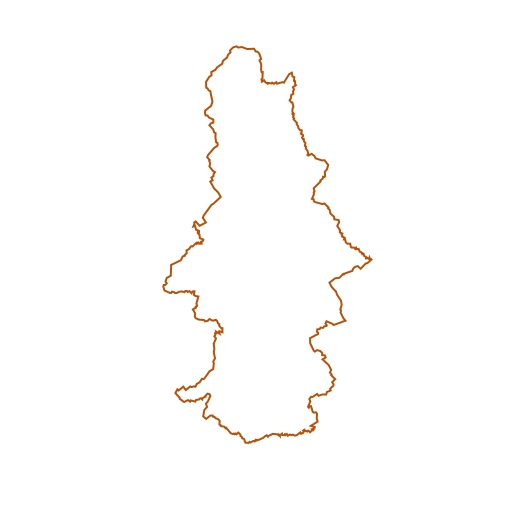 Khao Chakan, Sa Kaeo, Thailand (orthographic projection), rotated 135°
{"feature_id": "78962969B13741578736552", "entity_name": "Khao Chakan", "entity_type": "district", "adm_level": 2, "iso_a3": "THA", "parent_name": "Thailand", "parent_adm1": "Sa Kaeo", "projection": "orthographic", "projection_center": [102.011, 13.617], "detail": "fine", "context": "isolated", "style": "outline", "palette": "amber", "viewbox_px": 512, "rotation_deg": 135, "n_neighbors": 0, "source": "geoboundaries", "source_scale": "gbopen_adm2", "svg_char_len": 6145}
<svg xmlns="http://www.w3.org/2000/svg" viewBox="0 0 512 512"><g transform="rotate(135 256 256)"><path d="M146.6,291.5L145.2,293.9L144.8,296.8L143.3,297.9L143.6,299.3L141.1,301.0L141.1,302.9L139.5,305.0L140.2,305.5L139.7,307.2L137.9,307.5L137.2,308.6L137.9,310.1L137.5,311.1L136.6,311.0L134.8,312.5L135.9,314.0L135.5,316.7L134.3,318.1L134.1,320.4L132.9,321.3L132.8,326.0L131.7,326.3L131.6,328.1L130.1,328.6L129.9,330.5L128.6,329.9L128.4,332.1L126.4,334.1L123.9,335.2L121.7,338.9L122.4,339.7L122.1,342.4L119.8,342.8L117.3,344.9L114.9,344.3L113.4,346.3L111.4,346.8L110.6,349.3L107.0,348.5L106.8,349.9L104.8,352.0L105.4,352.9L102.5,355.3L103.2,357.1L101.1,360.3L103.9,361.1L113.8,358.9L114.2,360.1L119.3,363.0L118.8,364.6L121.5,365.1L122.0,367.1L122.9,366.9L125.2,370.0L125.9,369.6L126.5,372.2L126.0,374.6L128.5,375.0L127.1,377.1L126.0,376.9L121.2,381.3L122.0,382.0L121.0,383.7L116.6,388.1L115.1,391.9L113.0,391.7L110.5,397.1L110.5,399.5L111.6,400.9L110.8,403.9L115.9,408.6L118.2,413.7L121.2,416.0L121.5,418.0L124.7,419.7L129.1,419.7L129.9,418.1L133.8,418.0L136.2,416.8L141.5,417.4L143.8,415.8L149.9,416.9L153.2,416.4L157.5,417.7L159.7,415.2L162.5,415.7L168.1,414.5L172.2,410.2L171.7,408.7L172.4,406.7L171.7,404.9L177.8,395.8L181.6,393.9L189.1,394.8L191.1,393.1L192.2,391.0L191.0,389.7L191.3,386.8L189.7,382.8L191.7,380.5L194.3,381.7L196.5,381.4L196.7,375.7L198.2,373.1L197.7,371.4L200.8,368.6L203.8,364.5L203.3,363.2L204.4,361.8L205.3,361.2L209.3,362.0L218.5,361.3L220.7,360.4L220.9,356.6L221.8,356.4L222.9,353.9L225.6,352.3L226.3,346.5L225.7,344.3L228.0,344.0L229.5,342.6L232.1,343.0L233.1,340.2L235.7,341.0L237.9,333.1L237.8,327.7L239.2,322.7L249.5,323.1L251.1,323.7L264.3,321.6L266.6,320.6L267.7,315.1L274.5,317.2L274.2,323.1L275.9,323.4L276.9,322.2L279.4,321.2L277.8,320.4L279.8,316.9L278.5,314.1L279.7,313.0L280.2,314.0L281.0,313.5L281.0,310.9L283.1,308.3L281.6,304.9L282.6,304.2L284.9,304.9L285.6,303.2L286.7,304.1L286.2,304.6L287.8,305.5L287.5,306.3L288.5,306.4L287.9,306.9L288.6,307.5L294.1,307.6L295.0,308.8L298.6,308.3L301.2,309.1L302.9,307.0L305.8,307.1L306.1,306.5L308.2,307.5L312.2,306.1L322.3,309.7L330.2,302.3L334.6,303.6L338.1,301.9L338.4,299.8L340.4,299.6L341.7,300.7L343.4,299.7L345.1,296.3L342.9,290.6L341.9,289.8L340.8,290.3L339.4,288.2L339.5,287.3L337.8,285.6L336.0,285.3L333.6,283.5L332.2,281.0L330.6,281.2L329.6,279.9L329.8,278.9L327.9,278.2L327.9,275.3L326.0,275.8L325.2,274.8L323.8,274.9L327.4,272.6L327.1,270.6L325.4,268.1L331.9,264.4L332.8,262.4L334.8,262.7L335.0,261.9L338.4,262.9L339.6,258.4L342.0,256.6L342.6,254.7L341.4,251.5L338.0,247.4L338.3,245.8L336.0,244.3L333.5,244.4L332.4,240.9L329.5,239.2L329.5,237.4L330.5,235.4L330.2,233.8L331.3,232.8L331.6,229.6L330.8,228.7L333.7,225.8L335.1,228.8L336.0,228.5L336.7,226.9L337.7,230.8L338.4,229.6L339.6,230.3L340.1,229.1L342.2,228.7L342.6,226.0L348.0,223.8L351.1,219.8L353.9,217.8L357.4,212.6L361.0,211.5L361.8,209.8L366.3,206.3L370.3,207.4L378.3,206.0L380.0,206.0L381.1,207.4L385.1,206.5L388.3,207.4L391.3,206.4L392.3,207.9L394.3,208.9L394.7,210.3L400.4,210.8L399.8,215.0L405.8,215.6L405.8,217.3L409.9,216.1L410.2,209.9L410.9,209.0L410.1,203.6L406.0,202.2L405.5,199.6L404.3,200.1L401.9,196.0L400.3,196.6L397.5,194.7L396.2,194.8L395.4,194.1L395.4,192.7L394.4,193.4L391.2,192.2L391.0,192.8L387.6,192.9L386.6,191.2L387.1,189.4L393.1,187.1L395.8,187.0L397.3,183.9L401.5,183.6L406.7,180.0L406.4,176.0L401.3,175.5L399.4,173.8L400.0,172.6L399.1,171.6L399.3,169.8L398.2,167.8L398.3,165.0L401.0,162.8L400.6,161.4L401.2,160.7L399.1,157.7L399.3,155.5L398.5,155.5L399.2,148.6L398.2,146.4L397.1,146.0L397.1,145.0L395.8,144.8L395.7,143.6L393.4,143.7L393.3,140.8L394.3,139.6L393.9,138.3L394.7,136.9L393.8,135.2L395.5,131.5L393.4,129.1L392.0,129.1L391.9,128.2L388.6,127.0L388.1,125.9L387.5,126.3L386.4,125.3L385.9,126.0L384.5,124.3L379.9,122.4L376.4,122.1L375.5,121.6L375.4,120.3L375.0,120.7L374.9,120.1L369.8,118.3L367.1,114.9L366.8,113.2L366.2,113.5L366.3,112.2L365.8,112.9L365.5,112.2L363.3,112.0L364.0,110.9L363.2,109.9L362.2,108.8L361.5,109.4L361.2,108.5L360.1,108.4L360.6,106.4L358.3,105.8L357.5,104.2L356.2,103.6L355.6,101.6L354.0,100.5L349.4,99.9L349.9,98.4L347.6,97.6L346.4,98.2L346.2,99.3L344.7,98.9L345.6,97.8L343.5,96.4L343.8,95.6L342.4,95.3L342.4,93.1L339.9,93.1L338.8,92.3L338.2,92.8L338.5,93.7L336.9,92.8L336.5,93.8L335.0,92.8L337.3,97.1L329.6,95.3L327.9,98.2L324.4,101.3L324.2,103.2L325.9,104.4L326.1,105.6L323.3,110.9L324.2,112.1L325.9,111.4L325.8,112.6L320.4,114.7L319.5,117.1L316.7,117.5L315.5,116.3L310.3,115.2L310.6,112.9L307.0,111.2L304.3,108.4L302.1,109.7L298.3,108.1L297.5,109.7L292.9,109.6L291.8,110.6L291.4,112.9L287.1,112.9L287.1,118.5L286.3,118.7L286.2,121.3L283.4,122.3L281.7,127.7L282.0,135.9L278.5,135.0L277.6,137.1L279.3,139.2L277.7,140.6L277.8,143.5L279.4,146.3L282.0,146.8L282.1,148.2L279.4,155.9L275.8,159.7L267.4,157.0L266.4,157.6L266.4,159.4L264.5,160.8L262.7,159.3L261.0,159.7L259.4,157.8L257.4,158.0L255.6,156.7L254.9,157.1L254.6,159.2L252.3,160.0L249.9,153.9L249.9,152.3L238.5,147.0L238.2,150.4L236.2,156.1L234.5,157.3L234.3,158.5L229.8,161.0L227.5,164.4L226.1,171.1L224.6,174.3L224.4,180.5L222.9,185.2L215.7,184.2L212.3,181.6L207.0,181.7L206.9,180.8L205.5,180.8L198.5,177.4L196.1,178.4L193.4,178.2L191.2,176.8L191.0,173.0L183.7,173.1L182.3,172.2L176.9,171.8L176.8,172.7L177.9,173.0L177.1,174.5L178.2,173.9L178.7,176.4L179.0,175.9L179.9,176.5L178.9,177.4L179.5,180.1L178.4,181.1L178.6,182.4L179.5,182.5L178.9,184.1L179.6,185.7L178.4,188.5L180.2,189.9L179.5,191.0L180.8,190.9L180.6,192.5L182.4,194.3L182.5,195.4L180.7,198.0L182.7,200.0L182.8,202.3L181.2,204.8L182.0,205.5L180.4,206.3L181.4,208.9L180.6,209.1L180.1,211.0L179.1,211.0L180.0,213.4L178.3,214.9L177.3,219.8L173.2,221.2L172.2,223.0L174.7,226.6L173.0,228.5L173.4,233.3L171.3,236.5L171.2,239.0L170.4,239.2L170.5,244.8L172.3,245.7L176.1,252.4L176.3,253.9L175.1,255.5L176.0,256.8L171.2,258.8L170.1,260.3L169.1,260.1L167.3,263.1L157.7,263.0L157.1,263.9L154.3,263.5L152.5,264.7L151.7,263.4L150.8,263.5L147.8,266.9L144.6,267.1L140.6,269.3L139.8,275.2L141.7,276.8L144.8,282.9L143.9,285.6L144.4,288.9L148.0,290.0L148.2,291.1L146.6,291.5Z" fill="none" stroke="#b45309" stroke-width="2"/></g></svg>